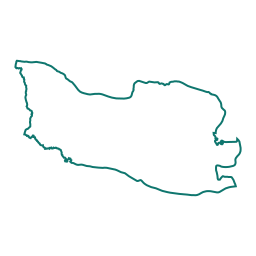 the district of Bener Meriah, Aceh, Indonesia
{"feature_id": "22746128B4257100474226", "entity_name": "Bener Meriah", "entity_type": "district", "adm_level": 2, "iso_a3": "IDN", "parent_name": "Indonesia", "parent_adm1": "Aceh", "projection": "mercator", "projection_center": [96.897, 4.775], "detail": "fine", "context": "isolated", "style": "outline", "palette": "teal", "viewbox_px": 256, "rotation_deg": 0, "n_neighbors": 0, "source": "geoboundaries", "source_scale": "gbopen_adm2", "svg_char_len": 5651}
<svg xmlns="http://www.w3.org/2000/svg" viewBox="0 0 256 256"><path d="M235.8,186.3L235.2,184.2L234.6,183.0L233.5,180.0L231.8,177.4L231.0,177.0L228.4,177.0L227.5,176.8L224.7,176.8L222.9,176.2L222.3,176.6L221.3,177.6L219.8,179.7L218.4,179.7L218.1,179.5L217.7,178.6L217.4,175.5L216.7,172.2L216.1,170.4L216.0,167.7L216.2,166.1L216.7,165.6L217.4,165.4L218.3,165.5L219.8,165.8L221.3,166.6L222.9,166.9L225.3,167.1L227.5,167.0L229.3,166.8L233.2,165.9L234.5,165.2L235.1,164.5L235.5,163.3L235.6,162.2L235.4,160.6L235.4,159.3L235.8,158.2L237.3,156.2L238.4,155.1L239.3,154.0L239.9,152.9L240.5,151.1L240.6,149.6L240.6,147.9L239.4,141.6L238.4,140.1L237.2,138.9L237.1,140.9L236.8,141.4L236.2,141.8L228.1,142.0L226.3,142.1L224.8,142.0L224.1,141.8L222.2,140.7L221.4,140.7L221.2,140.9L221.1,141.2L221.0,141.4L221.1,141.8L221.3,142.0L222.6,142.4L223.0,142.7L222.8,143.6L222.0,144.3L221.0,144.0L220.4,143.6L220.1,143.0L219.7,142.7L219.2,142.7L218.6,142.9L218.3,143.1L217.9,144.4L217.6,144.9L217.1,144.9L216.8,144.7L216.4,143.6L215.6,142.6L215.0,141.4L215.1,140.7L215.3,140.5L216.1,140.1L216.8,140.0L217.2,139.8L217.4,138.7L217.2,138.5L216.6,138.4L215.9,138.7L215.4,138.5L215.4,138.0L215.6,137.5L215.5,137.0L215.1,136.3L214.8,135.8L214.1,135.3L213.8,134.8L213.6,132.9L215.7,133.1L215.7,132.2L216.0,130.4L216.4,129.2L217.0,128.0L220.9,123.5L222.4,121.0L223.3,118.1L224.3,116.0L225.0,114.3L225.2,112.7L225.1,111.4L224.7,110.5L223.7,109.7L221.8,107.8L221.4,106.7L221.2,104.2L220.7,102.4L218.8,99.5L217.2,96.8L216.3,95.9L215.1,95.2L213.8,94.8L211.3,94.3L211.2,93.9L210.0,93.4L209.6,92.7L208.5,92.0L207.3,92.1L205.5,91.6L202.7,90.6L199.9,89.8L191.3,87.2L187.7,85.9L182.6,83.0L180.5,82.1L178.8,81.5L178.1,81.6L176.4,81.3L174.6,81.3L173.0,81.7L171.2,81.8L169.6,82.5L169.1,84.0L168.7,84.4L168.3,84.4L167.1,84.1L166.5,84.1L165.2,85.1L164.8,85.2L164.4,85.1L163.8,84.2L163.4,83.9L162.8,83.9L162.1,83.5L161.5,83.4L159.8,83.9L158.8,83.3L158.7,82.7L158.3,82.4L157.9,82.2L154.5,82.4L149.2,81.6L146.8,83.0L145.7,83.0L139.2,80.9L137.8,81.0L137.2,81.3L134.7,83.2L134.2,84.0L133.8,85.3L133.7,87.5L133.4,89.2L133.6,89.5L133.5,90.3L133.1,91.2L132.4,92.2L131.6,95.3L131.1,96.3L130.4,97.1L129.2,97.7L126.6,98.3L124.0,98.6L116.3,98.4L111.9,97.6L108.2,96.5L102.4,94.4L100.8,94.0L99.2,93.8L94.7,93.9L90.0,94.5L87.8,94.2L83.8,93.2L81.7,92.5L80.0,91.6L78.2,89.9L74.9,85.5L72.2,82.3L69.9,81.2L67.6,79.3L66.2,78.5L65.7,77.7L65.0,75.3L63.7,74.1L62.2,73.3L60.7,72.8L59.3,71.8L57.1,71.1L56.2,69.9L55.4,69.5L53.2,67.7L51.3,66.3L48.5,65.1L46.6,64.5L46.1,64.0L45.5,63.8L44.8,63.3L44.2,63.3L41.7,62.8L36.4,61.9L32.4,62.3L30.7,62.3L28.6,62.1L26.9,61.7L25.4,61.7L24.6,61.8L21.2,61.4L20.3,61.1L19.4,61.1L17.3,60.8L16.8,60.8L16.3,61.9L16.3,62.5L15.8,64.1L15.4,67.0L16.1,67.5L16.2,68.1L16.6,68.3L17.6,68.0L18.2,68.2L18.5,68.5L19.0,68.4L19.5,68.1L20.6,68.4L21.0,68.2L21.2,68.6L21.5,68.8L21.6,69.0L21.6,69.7L21.1,70.1L20.9,70.5L20.2,72.9L21.5,74.9L21.7,75.4L22.0,75.6L22.1,76.4L22.4,77.0L23.2,77.5L23.7,77.4L23.8,77.7L24.0,78.3L23.9,79.2L24.3,79.6L24.1,81.8L24.8,82.8L24.9,83.8L25.1,84.4L25.6,85.2L26.2,85.6L26.1,87.1L26.5,89.0L26.1,90.6L26.2,91.1L25.8,91.8L25.8,93.2L26.2,94.5L26.2,95.0L25.6,96.2L25.4,97.6L25.9,100.0L26.3,101.3L26.4,101.8L26.9,102.9L27.2,104.4L27.1,105.5L26.6,106.4L27.1,107.2L27.5,108.5L27.9,108.7L28.4,108.7L29.5,109.6L30.1,110.4L30.6,110.4L31.8,111.2L31.9,112.2L32.3,112.8L32.3,113.2L32.0,113.6L31.7,113.7L31.5,114.4L32.0,114.7L31.9,115.9L31.6,116.3L31.1,116.7L30.8,117.3L30.2,118.6L30.3,120.5L30.0,121.8L30.0,122.6L30.3,124.0L30.3,126.3L30.2,126.6L28.4,128.2L27.8,128.9L26.8,129.1L25.7,129.8L24.8,132.4L24.3,134.4L24.9,134.5L25.2,134.4L25.6,134.7L25.8,135.0L26.4,135.3L27.0,135.4L27.1,135.6L27.1,135.9L28.1,135.8L28.5,136.1L28.5,136.6L28.9,136.8L29.1,137.4L29.7,137.8L29.9,137.8L30.6,138.1L30.9,137.5L32.0,137.0L31.9,136.8L32.4,136.4L32.8,135.5L33.4,135.5L33.6,135.6L33.9,137.1L35.0,137.3L35.1,137.6L35.1,138.6L35.8,139.6L36.1,139.6L36.3,140.0L36.8,140.2L37.0,140.4L37.0,141.0L37.4,141.3L38.0,141.6L38.2,142.0L38.2,142.3L38.7,142.9L39.2,143.1L39.6,143.4L39.8,143.7L39.8,144.3L40.3,144.8L41.2,145.3L42.7,145.4L42.9,145.3L43.1,146.3L43.6,147.2L43.8,147.4L44.4,147.5L44.8,147.9L45.0,147.9L45.3,148.5L45.2,148.9L45.4,148.9L45.6,148.8L46.1,148.8L46.3,148.6L46.7,148.6L47.0,148.4L47.4,148.6L47.7,148.5L48.7,148.4L49.3,148.7L49.5,147.9L50.2,147.9L51.3,147.6L51.5,148.4L51.8,148.4L52.6,148.4L52.8,148.5L53.3,147.9L53.6,147.6L54.4,148.0L55.9,147.9L56.0,147.7L56.3,147.8L56.8,148.3L57.7,148.3L57.9,148.6L58.9,148.8L59.2,149.3L59.7,149.3L60.2,149.8L60.7,149.9L61.7,152.6L61.6,153.6L61.7,154.2L61.8,154.6L62.0,154.7L62.1,155.1L62.4,155.1L62.6,156.0L63.1,156.7L63.7,157.2L63.9,157.7L65.0,157.7L65.9,158.7L66.0,159.1L65.7,159.7L65.4,159.8L65.4,160.2L65.1,160.3L64.9,160.8L65.2,161.4L66.4,161.5L66.9,161.7L67.3,161.3L67.2,160.4L67.5,159.7L67.8,159.6L67.9,159.4L68.8,158.6L68.9,158.3L69.2,158.5L69.4,158.3L70.4,158.6L70.5,158.9L70.2,159.5L71.3,160.2L70.8,161.3L70.3,161.7L70.7,162.0L71.0,162.2L71.1,162.5L71.7,162.9L72.6,162.9L73.7,163.2L75.6,164.2L76.9,164.7L78.1,164.9L81.2,164.6L82.7,164.8L86.7,166.0L90.0,166.3L92.6,167.0L98.2,167.6L101.3,167.8L103.0,167.9L104.1,167.7L106.7,167.8L115.3,169.6L117.1,170.3L121.1,172.2L124.9,173.2L126.4,174.3L128.9,176.2L136.9,180.9L137.9,181.0L140.3,180.1L140.9,180.2L141.6,180.7L143.2,182.5L144.4,183.6L145.7,184.5L147.0,185.3L151.2,187.1L155.9,188.3L161.1,190.4L162.4,190.9L167.3,192.1L170.3,192.7L179.2,193.9L187.2,194.6L191.2,195.1L195.8,195.2L197.1,195.0L199.0,194.3L201.6,192.8L203.2,192.0L206.4,191.2L208.4,191.1L210.5,191.2L216.9,192.4L218.2,192.4L219.5,192.0L225.6,188.4L229.0,187.3L230.9,186.9L235.8,186.3Z" fill="none" stroke="#0f766e" stroke-width="2"/></svg>